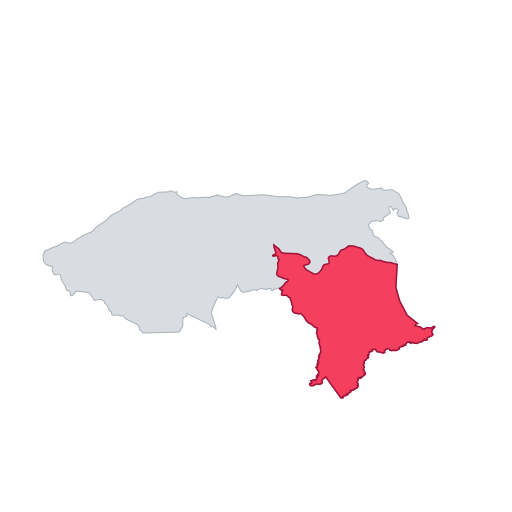 where Loreto sits in Peru, rotated 115°
{"feature_id": "PER-585", "entity_name": "Loreto", "entity_type": "Department", "adm_level": 1, "iso_a3": "PER", "parent_name": "Peru", "parent_adm1": "", "projection": "robinson", "projection_center": [-73.566, -4.337], "detail": "fine", "context": "in_parent", "style": "filled", "palette": "rose", "viewbox_px": 512, "rotation_deg": 115, "n_neighbors": 0, "source": "natural_earth", "source_scale": "10m", "svg_char_len": 9639}
<svg xmlns="http://www.w3.org/2000/svg" viewBox="0 0 512 512"><g transform="rotate(115 256 256)"><path d="M350.4,151.3L350.3,152.7L348.8,153.3L347.4,152.4L345.3,152.7L342.2,149.5L334.8,150.0L331.6,153.7L326.7,154.5L321.4,156.2L315.3,157.0L305.9,162.9L303.7,165.4L299.4,168.9L295.9,170.0L294.2,180.9L290.7,187.2L289.4,190.7L291.3,195.9L291.2,198.4L289.3,200.5L287.7,200.8L284.5,203.0L279.7,207.8L278.8,211.4L280.4,216.3L279.8,216.8L275.8,217.8L275.9,220.5L275.1,221.5L278.5,225.4L280.4,226.3L280.5,227.3L280.1,228.3L279.4,228.7L279.3,229.5L281.8,232.4L283.5,238.2L287.1,241.0L287.1,242.9L288.1,244.7L290.0,246.1L294.2,251.9L294.3,254.6L289.9,260.7L297.2,260.7L305.3,262.8L306.4,263.8L307.4,266.6L307.5,268.4L309.1,269.9L309.0,273.3L319.6,273.3L326.5,272.5L337.7,262.2L339.5,261.3L338.5,263.5L338.4,265.2L339.0,266.9L337.7,269.5L337.5,294.5L339.6,293.2L342.2,295.6L344.1,295.7L350.2,292.8L357.3,293.3L373.7,326.1L372.3,328.3L372.3,330.0L370.3,331.4L368.3,334.1L368.1,347.1L366.4,351.1L367.4,353.1L368.2,357.3L369.8,359.8L370.1,361.4L370.0,362.0L367.7,363.4L367.5,365.7L363.4,370.4L362.6,373.5L361.0,374.6L360.7,378.1L364.5,383.9L362.0,387.4L359.8,392.5L363.5,403.2L365.0,404.8L366.7,404.7L369.1,405.6L370.4,407.2L367.4,409.2L366.9,410.1L367.1,413.6L363.8,416.3L359.3,423.1L358.1,423.4L355.9,425.4L355.5,426.5L355.8,427.4L357.7,429.4L357.9,431.9L354.7,435.0L352.5,435.3L351.6,436.1L352.5,440.2L352.5,442.2L351.8,444.3L350.2,446.7L345.5,449.2L341.1,449.7L333.8,443.5L331.5,440.9L324.3,435.6L323.1,430.1L320.7,427.4L316.2,425.4L312.7,422.6L310.0,421.3L303.5,415.0L297.5,413.1L286.3,406.5L280.2,404.3L272.5,398.2L268.3,396.6L265.0,393.7L254.8,387.6L253.2,385.7L251.6,382.7L249.4,380.9L246.8,376.8L243.1,374.4L239.4,371.2L234.9,362.6L232.8,360.6L232.7,356.7L231.2,354.9L233.4,353.6L234.7,347.5L234.0,344.5L228.8,336.3L227.8,332.9L224.0,326.6L222.7,322.9L219.6,320.1L218.4,317.7L216.7,316.8L216.6,313.9L215.4,308.4L213.7,305.6L207.7,300.4L207.1,294.8L205.8,290.9L197.3,275.1L192.5,259.9L188.4,251.4L186.7,246.5L186.5,243.9L183.5,239.4L181.8,235.3L175.0,227.4L171.1,218.6L170.5,216.0L167.8,211.2L163.4,204.9L161.3,202.3L148.2,194.6L142.0,189.8L141.3,187.4L141.6,186.0L142.9,184.6L144.8,185.7L145.9,185.2L146.8,183.5L146.8,180.9L145.7,177.5L141.4,171.0L142.5,168.0L138.3,160.5L139.2,153.1L140.2,151.3L146.5,143.8L148.3,140.6L151.0,138.7L153.8,135.6L157.1,133.4L158.1,134.1L159.0,138.1L158.9,140.8L159.8,143.7L157.5,146.4L155.0,145.9L154.0,146.5L153.7,147.8L154.1,149.8L154.7,150.6L156.6,150.7L154.1,154.6L154.3,155.4L156.0,156.1L157.7,155.1L159.5,152.9L160.6,152.6L167.0,156.4L169.9,155.9L172.2,157.7L172.5,160.5L175.7,165.9L180.4,167.3L181.2,166.8L182.3,164.8L183.4,164.5L183.6,161.4L187.7,158.2L188.3,156.0L187.7,154.4L187.8,153.2L190.2,146.0L191.0,145.3L191.7,143.0L192.7,141.6L194.0,133.6L195.2,133.6L196.3,135.5L197.5,135.0L196.8,133.2L197.1,132.6L201.6,126.2L203.1,124.8L225.1,115.9L236.1,106.8L245.8,94.1L248.8,81.3L249.9,82.2L251.8,81.8L251.2,76.7L251.6,74.2L251.5,73.5L248.5,70.4L247.3,67.0L244.6,65.1L244.7,64.3L247.6,65.0L250.1,64.7L252.2,62.6L253.9,62.8L257.5,65.7L260.1,65.9L261.0,68.0L263.6,69.5L267.3,74.0L269.0,78.8L268.9,79.7L270.5,82.2L274.1,83.5L277.7,87.0L281.4,88.1L283.1,91.4L284.1,92.4L284.6,94.2L284.0,96.4L284.5,97.5L287.3,99.4L289.6,99.5L290.1,100.4L291.4,105.7L290.6,108.4L290.9,109.9L294.0,111.2L294.9,112.3L297.3,112.6L300.8,111.4L305.1,113.1L308.4,112.5L309.9,112.1L311.5,110.9L312.8,110.9L316.1,107.5L317.1,107.2L320.7,108.8L323.7,111.1L327.5,110.6L329.0,109.2L331.7,108.4L336.6,111.2L337.7,112.6L339.0,112.9L344.3,115.7L345.2,116.8L348.0,117.9L348.6,118.8L348.4,119.9L336.1,141.7L339.9,143.5L343.4,142.4L345.3,143.8L346.6,147.4L349.4,149.7L350.4,151.3Z" fill="#d9dde1" stroke="#a8b0b8" stroke-width="1"/><path d="M252.6,62.3L254.2,62.9L255.5,64.6L256.2,64.7L257.0,65.7L257.7,66.1L258.8,66.4L259.5,65.4L260.4,66.1L261.0,67.6L260.4,68.3L261.7,68.6L262.3,69.2L263.1,68.9L264.6,71.0L266.2,72.2L266.9,73.0L267.3,73.2L267.4,73.8L268.3,76.0L267.9,76.6L267.9,77.0L268.7,78.1L269.5,78.3L269.3,78.7L269.7,79.4L269.6,79.6L268.8,79.6L268.7,79.9L269.5,80.7L269.7,81.7L270.1,82.3L270.6,82.6L271.8,82.8L272.9,83.3L273.4,83.3L273.7,82.7L273.9,82.9L274.4,84.5L274.8,84.8L275.4,84.3L275.6,84.6L275.5,85.1L275.7,85.3L276.3,85.1L276.6,85.3L277.4,86.9L277.8,87.3L278.8,87.6L279.1,87.4L279.4,86.9L279.7,86.7L280.1,87.4L281.9,88.3L282.3,89.3L282.6,89.3L282.8,90.3L283.3,90.7L282.9,91.4L283.1,91.7L283.8,92.0L284.5,93.0L284.8,95.0L284.3,95.3L284.1,95.6L283.9,97.1L284.3,97.6L285.5,98.5L285.6,98.9L286.6,99.0L287.3,99.6L287.9,99.1L288.8,99.2L289.0,98.6L289.7,99.2L290.2,99.5L290.3,99.8L290.2,100.6L290.8,101.8L290.6,102.5L290.6,103.2L291.1,104.0L291.5,105.3L291.7,105.6L291.0,107.0L290.2,108.0L290.1,108.5L290.7,109.4L290.8,110.2L292.0,110.7L292.2,111.3L292.7,110.4L294.0,111.2L294.4,111.5L294.7,112.5L295.0,113.0L296.2,112.7L297.4,112.0L298.2,112.5L298.4,112.1L298.8,111.8L299.2,112.9L299.7,112.6L300.4,111.1L301.1,111.3L302.0,112.1L304.2,112.6L304.7,113.3L305.4,113.5L307.2,113.2L307.2,112.6L307.8,112.4L309.2,112.7L309.4,112.6L310.8,111.0L311.3,110.8L313.4,110.9L313.7,110.6L313.7,110.1L314.8,109.2L315.5,107.8L317.2,106.8L317.3,106.9L317.3,107.7L317.5,108.0L318.5,107.6L318.9,107.7L320.0,108.5L321.1,108.7L321.3,108.9L321.4,109.3L321.4,110.2L321.5,110.5L321.8,110.7L322.2,109.6L322.4,109.3L322.6,109.4L323.4,110.9L323.1,111.5L323.3,112.0L323.9,111.8L325.2,111.1L325.4,111.4L326.4,110.9L327.2,111.2L328.1,110.6L328.5,109.6L328.9,109.3L329.7,109.2L330.1,109.6L330.6,109.6L330.5,108.5L330.7,108.2L331.3,108.2L332.5,108.7L332.9,108.5L335.1,110.5L336.6,111.0L336.7,111.8L337.4,112.4L337.7,113.5L338.6,113.5L338.7,112.8L339.0,112.6L339.8,113.2L340.8,113.6L341.5,114.6L342.3,114.3L343.1,114.3L343.4,114.5L343.3,115.0L342.8,115.3L343.0,115.8L343.5,115.7L344.3,115.3L344.7,115.6L345.4,117.2L345.7,117.4L346.4,117.1L346.7,117.4L346.8,118.1L347.0,118.2L347.8,117.2L348.0,117.4L348.4,118.6L348.8,119.1L336.1,141.7L336.9,141.8L339.6,143.5L340.6,143.7L341.1,143.7L341.6,143.5L342.7,142.5L343.2,142.4L344.0,142.7L344.7,143.3L345.7,144.7L346.3,146.9L346.8,147.5L348.6,148.6L349.6,149.6L350.4,151.3L350.5,151.9L350.0,153.0L349.1,153.5L348.4,153.0L348.0,151.9L347.2,151.8L346.8,152.0L346.3,153.2L345.9,153.6L345.4,152.7L345.0,152.6L343.9,151.5L344.0,149.9L343.6,149.3L343.4,149.3L343.0,149.9L342.3,149.3L341.7,149.1L341.2,149.4L340.1,150.2L339.9,150.0L339.8,149.4L339.5,149.3L339.2,149.5L338.8,150.4L338.0,149.8L338.0,148.8L337.7,148.8L337.4,148.9L336.8,149.9L335.3,149.6L334.2,150.1L333.9,150.6L334.0,151.3L333.5,151.6L333.0,152.6L331.7,154.5L331.0,153.7L330.9,154.1L330.6,154.5L329.6,154.0L329.1,154.2L328.7,154.8L328.3,154.6L327.9,154.0L327.6,154.2L327.1,155.0L326.6,154.3L326.2,154.2L325.7,154.4L325.4,154.7L325.4,155.3L325.2,155.6L324.9,155.5L324.3,156.0L323.9,155.5L322.2,155.6L321.7,155.8L321.3,156.6L320.4,156.5L319.6,156.9L319.7,156.4L319.1,156.9L318.7,157.0L318.1,156.5L317.3,156.8L316.5,156.5L316.2,156.9L314.2,157.3L312.8,158.6L312.3,158.8L311.8,159.2L311.1,159.1L310.4,160.4L307.8,162.4L306.3,162.4L306.0,162.9L305.2,163.1L305.0,163.3L304.9,164.5L304.7,164.8L304.0,165.3L303.6,165.4L303.2,166.3L302.2,166.6L301.5,167.4L301.0,167.7L300.4,168.7L299.2,168.8L298.5,168.6L298.0,169.2L296.9,169.5L296.5,169.4L296.4,169.9L295.3,170.2L295.2,170.6L295.6,171.6L295.7,173.2L295.2,174.1L295.0,175.3L294.3,177.3L294.5,179.3L294.2,181.2L293.8,182.4L291.8,185.4L291.2,186.0L289.4,190.2L289.4,191.2L289.6,191.7L290.5,192.9L290.6,193.2L290.9,195.4L291.4,196.9L291.3,197.8L290.6,199.5L290.1,200.1L288.6,200.8L287.3,200.8L286.9,200.9L284.2,203.4L281.3,205.5L280.6,206.6L279.6,207.4L279.5,208.9L278.6,211.9L280.1,214.5L280.5,216.2L280.3,216.6L279.6,216.9L278.4,216.9L277.0,217.6L275.5,217.3L276.2,219.2L275.9,220.4L275.7,220.8L275.4,220.9L274.7,220.3L273.9,219.8L270.9,218.6L269.4,218.2L268.1,218.2L267.3,217.9L265.5,216.6L264.8,216.5L264.2,216.7L263.8,217.4L263.8,217.8L264.2,219.0L264.7,221.9L264.6,223.9L264.9,225.9L264.8,228.1L264.3,229.0L262.3,230.1L258.0,230.9L256.5,231.5L254.0,233.1L253.1,233.3L250.8,233.4L250.0,233.1L249.8,233.4L249.2,235.0L247.9,235.3L247.3,235.8L247.1,236.3L247.1,237.1L247.2,237.9L248.7,240.0L248.9,240.6L248.8,240.9L248.5,241.1L247.7,240.9L245.9,239.2L245.3,239.0L244.9,239.0L244.6,239.2L243.5,240.6L242.2,241.6L240.3,243.5L238.4,244.5L239.3,240.9L239.8,238.3L241.8,235.2L242.1,234.0L241.4,231.2L236.8,220.3L236.4,219.0L236.1,216.7L236.3,212.0L235.8,209.6L237.1,206.2L237.7,205.2L238.3,204.7L239.1,204.5L240.8,204.8L241.7,205.4L244.0,208.4L244.5,208.5L245.3,208.2L246.9,205.2L247.3,203.2L247.8,196.1L247.7,195.3L247.1,194.1L245.8,192.6L244.0,191.7L240.7,190.9L239.5,190.8L236.7,191.1L235.6,190.8L234.9,190.3L232.5,187.3L232.0,186.9L231.3,186.8L230.7,187.0L227.5,189.5L226.6,189.6L225.7,189.4L224.8,188.8L224.2,188.1L222.8,184.3L222.3,183.6L221.3,182.8L219.8,182.0L215.4,181.7L214.7,181.3L213.7,180.3L212.4,178.8L211.2,178.1L209.0,177.1L207.6,176.1L207.3,175.6L205.9,172.3L205.5,170.3L205.2,167.3L204.7,165.2L204.7,164.3L204.9,162.4L205.3,161.2L206.8,159.2L208.4,155.6L208.6,153.4L208.7,148.4L209.2,146.8L208.6,143.9L207.3,141.3L207.2,140.3L207.3,138.8L206.9,137.2L206.6,135.3L205.9,133.1L205.0,131.2L204.8,128.8L204.3,126.8L204.0,124.5L225.0,116.1L226.1,115.4L236.1,106.7L244.3,95.9L245.8,94.2L248.9,81.1L249.9,82.3L252.2,82.2L251.7,81.5L251.7,80.7L250.9,77.5L251.1,76.7L251.0,75.8L251.7,74.9L251.6,73.2L251.4,72.8L251.0,72.9L250.0,71.7L249.4,71.6L248.9,71.1L248.0,69.3L247.4,67.0L247.2,66.6L246.2,66.2L245.6,65.6L244.9,65.5L244.5,64.9L244.5,64.1L244.8,64.0L245.8,64.3L246.6,64.3L247.9,65.1L248.4,65.2L248.9,64.8L250.0,64.9L251.7,63.6L252.0,63.3L252.1,62.6L252.6,62.3Z" fill="#f43f5e" stroke="#9f1239" stroke-width="1.5"/></g></svg>